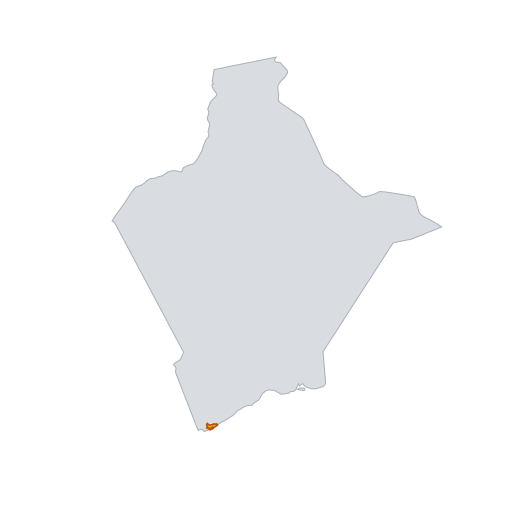 location of Msambweni, Coast, Kenya, rotated 33°
{"feature_id": "3690345B18525828088972", "entity_name": "Msambweni", "entity_type": "district", "adm_level": 2, "iso_a3": "KEN", "parent_name": "Kenya", "parent_adm1": "Coast", "projection": "orthographic", "projection_center": [39.484, -4.373], "detail": "fine", "context": "in_parent", "style": "filled", "palette": "amber", "viewbox_px": 512, "rotation_deg": 33, "n_neighbors": 0, "source": "geoboundaries", "source_scale": "gbopen_adm2", "svg_char_len": 4908}
<svg xmlns="http://www.w3.org/2000/svg" viewBox="0 0 512 512"><g transform="rotate(33 256 256)"><path d="M116.2,305.0L116.1,299.0L116.9,283.8L116.8,270.4L117.6,263.8L120.9,259.5L122.4,256.4L123.5,252.1L125.2,248.6L129.1,245.7L129.8,244.2L134.0,239.4L136.4,233.3L138.3,231.2L140.7,229.2L142.3,228.2L145.0,227.2L147.2,226.6L147.5,226.1L147.7,225.1L147.0,221.3L147.9,220.1L149.4,217.6L151.1,215.2L152.6,213.7L153.4,212.1L153.8,209.5L153.9,207.6L153.9,204.5L153.4,197.5L151.7,191.7L150.6,185.1L151.4,183.0L150.0,179.1L149.4,178.9L148.2,178.1L146.8,174.5L145.7,171.2L145.1,170.4L140.4,167.5L138.1,160.7L135.5,159.2L134.1,152.5L133.9,150.6L135.4,143.8L135.2,142.3L133.7,140.9L129.3,139.5L125.8,136.7L126.2,135.7L126.5,134.7L124.6,134.1L119.3,122.6L126.3,115.7L133.4,108.6L142.6,99.7L150.9,91.6L158.2,84.5L164.6,78.2L164.5,79.4L164.5,81.0L165.3,82.0L166.6,82.6L168.4,81.9L170.0,80.9L171.6,80.7L181.2,83.3L182.8,85.5L182.7,88.0L183.1,89.7L182.4,91.5L181.5,96.9L181.7,101.8L184.6,105.5L187.2,108.3L189.2,112.4L190.7,113.6L192.8,114.2L199.5,114.4L209.3,114.6L218.7,114.8L219.6,114.9L221.6,115.4L230.3,120.9L238.3,125.8L245.0,130.1L251.6,134.3L257.9,138.4L262.9,141.8L267.7,142.8L275.7,143.3L281.2,143.5L286.2,144.9L293.8,146.2L299.4,146.9L302.8,147.7L312.2,148.5L313.8,148.0L317.9,144.2L322.6,138.1L324.4,134.7L330.4,131.4L341.0,126.7L348.4,123.4L356.7,120.1L360.5,123.0L365.7,127.6L368.0,129.9L369.9,130.9L372.7,131.6L376.1,131.6L378.0,131.5L381.8,130.9L390.8,130.4L395.9,130.5L391.6,136.6L386.5,143.9L377.0,157.4L369.7,164.5L364.3,169.9L363.8,170.9L363.8,176.9L363.9,191.6L364.0,221.0L364.1,250.4L364.3,279.9L364.3,294.7L364.3,299.7L369.1,305.9L373.8,312.0L380.0,320.0L383.4,324.3L383.9,325.8L383.7,328.6L378.6,334.7L374.4,337.4L368.8,338.7L367.1,338.4L364.9,337.6L364.0,339.0L363.4,341.3L362.1,340.8L361.2,340.1L361.7,344.1L362.3,346.1L361.5,348.8L358.7,351.1L358.5,353.0L352.5,358.2L344.1,358.8L339.7,361.3L337.8,363.4L336.3,368.0L336.8,375.0L334.4,380.4L334.0,383.1L329.7,386.7L327.7,389.9L326.3,393.2L325.1,394.6L323.6,401.9L321.6,406.4L321.0,407.9L320.5,409.2L319.0,411.8L317.9,413.6L317.2,414.8L312.1,426.2L308.1,431.4L305.0,430.8L302.9,432.8L302.7,433.8L301.6,433.2L299.0,431.3L293.6,427.5L288.2,423.6L282.8,419.7L277.4,415.8L272.1,412.0L266.7,408.1L261.3,404.2L255.9,400.3L252.8,398.1L251.4,396.7L250.3,394.1L249.7,393.4L248.3,392.6L246.6,392.4L246.1,391.9L246.1,390.6L246.7,388.7L248.7,385.1L248.9,383.1L248.5,380.7L247.9,376.9L247.3,376.0L243.8,374.0L236.3,369.9L228.8,365.7L221.3,361.6L213.9,357.4L206.4,353.3L198.9,349.1L191.4,345.0L183.9,340.8L176.5,336.7L169.0,332.6L161.5,328.4L154.1,324.3L146.6,320.2L139.1,316.0L131.7,311.9L124.2,307.8L121.4,306.3L118.9,304.9L116.2,305.0ZM364.8,344.8L363.5,345.2L364.2,343.1L368.1,340.6L369.6,341.2L369.9,341.8L369.8,342.3L369.2,342.8L364.8,344.8Z" fill="#d9dde1" stroke="#a8b0b8" stroke-width="1"/><path d="M311.4,426.9L311.5,426.9L311.5,426.7L311.7,426.4L311.8,426.3L311.8,426.2L312.0,426.1L312.1,425.9L312.2,426.0L312.2,425.9L312.3,425.8L312.3,425.7L312.3,425.4L312.3,425.2L312.3,424.9L312.2,424.9L312.0,425.0L311.9,425.0L312.0,425.0L312.0,424.9L312.3,424.8L312.3,425.0L312.4,424.9L312.4,425.0L312.5,425.1L312.4,425.3L312.5,425.4L312.5,425.5L312.5,425.4L312.6,425.2L312.6,424.9L312.7,425.0L312.7,424.9L312.7,424.7L312.8,424.5L312.7,424.5L312.7,424.3L312.6,424.2L312.8,424.0L312.8,423.9L312.7,423.8L312.8,423.7L312.7,423.7L312.7,423.4L312.8,423.4L312.8,423.5L313.0,423.6L313.1,423.8L313.1,423.7L313.2,423.8L313.2,423.7L313.3,423.7L313.5,423.7L313.6,423.8L313.6,424.0L313.7,424.3L313.6,424.5L313.6,424.8L313.7,424.7L313.8,424.7L313.9,424.4L313.9,424.2L314.0,423.9L314.0,423.7L314.1,423.3L314.1,423.1L314.2,422.9L314.3,422.7L314.4,422.4L314.5,422.3L314.5,422.1L314.6,421.9L314.7,421.6L314.7,421.4L314.8,421.2L314.9,420.9L315.0,420.7L315.2,420.4L315.3,420.1L315.4,419.9L315.4,419.7L315.5,419.5L315.6,419.3L315.7,419.2L315.8,419.0L315.8,418.9L315.9,418.7L315.8,418.4L315.7,418.4L315.4,418.4L315.3,418.5L315.2,418.6L314.9,418.4L314.8,418.5L314.7,418.3L314.6,418.2L314.4,418.2L314.4,418.3L314.2,418.4L314.1,418.5L313.9,418.7L313.7,418.8L313.6,419.0L313.4,419.2L313.5,419.2L313.4,419.3L313.2,419.4L312.9,419.4L312.8,419.5L312.7,419.5L312.4,419.6L312.3,419.8L312.2,419.8L312.1,420.0L311.9,420.2L311.7,420.1L311.6,420.4L311.3,421.1L311.2,421.2L311.1,421.3L310.9,421.4L308.7,423.3L308.1,423.2L306.9,423.0L306.4,422.9L306.4,423.0L306.2,423.2L306.2,423.3L306.2,423.5L306.2,423.8L306.2,424.0L306.3,424.1L306.5,424.0L306.8,424.0L306.7,424.2L306.7,424.3L306.8,424.3L306.8,424.5L307.0,424.6L307.0,424.8L307.1,425.0L307.3,425.2L307.5,425.2L307.8,425.3L307.8,425.5L308.0,425.7L308.0,425.8L308.0,426.0L308.2,426.3L308.3,426.6L308.5,426.7L308.5,426.8L308.7,426.6L308.9,426.5L309.0,426.5L309.3,426.5L309.3,426.4L309.5,426.3L309.5,426.5L309.8,426.8L310.0,426.9L310.4,426.7L310.6,426.5L310.8,426.2L311.1,426.6L311.4,426.9Z" fill="#f59e0b" stroke="#b45309" stroke-width="1.5"/></g></svg>